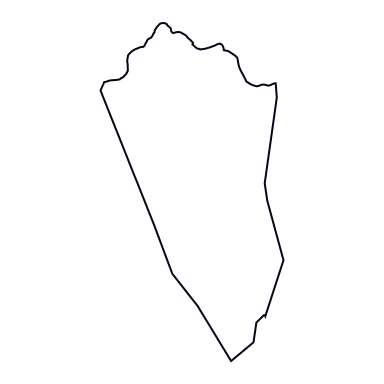 Santa Ana Cuauhtémoc, Oaxaca, Mexico
{"feature_id": "50627088B15114769088919", "entity_name": "Santa Ana Cuauhtémoc", "entity_type": "district", "adm_level": 2, "iso_a3": "MEX", "parent_name": "Mexico", "parent_adm1": "Oaxaca", "projection": "natural_earth1", "projection_center": [-96.808, 17.985], "detail": "fine", "context": "isolated", "style": "outline", "palette": "ink", "viewbox_px": 384, "rotation_deg": 0, "n_neighbors": 0, "source": "geoboundaries", "source_scale": "gbopen_adm2", "svg_char_len": 2066}
<svg xmlns="http://www.w3.org/2000/svg" viewBox="0 0 384 384"><path d="M170.8,28.3L167.3,25.3L166.9,24.3L165.4,23.4L163.5,23.0L161.3,23.2L160.6,23.6L159.7,24.0L156.9,27.0L155.7,28.9L154.7,30.5L154.6,32.2L153.5,33.4L152.7,35.4L151.2,37.5L149.8,38.3L148.2,39.1L147.1,40.4L146.5,42.0L145.7,43.3L145.0,44.6L144.4,46.0L143.4,46.8L141.6,46.9L140.2,47.3L139.5,47.5L137.2,48.5L134.2,49.7L130.9,52.1L130.1,53.0L129.8,53.3L128.7,54.3L128.0,55.7L127.5,58.7L127.2,61.2L127.7,64.4L127.7,67.1L127.9,70.3L127.0,72.5L126.7,72.6L126.3,74.0L125.1,75.0L123.8,76.5L123.2,77.2L121.9,77.8L121.0,78.2L119.7,79.4L116.7,79.9L112.7,80.2L109.7,80.5L107.5,81.3L105.8,81.8L104.1,82.2L103.4,84.1L102.3,86.4L100.5,90.5L103.8,98.7L110.8,116.4L114.1,124.6L114.5,125.7L117.1,132.1L118.5,135.6L125.1,152.2L125.4,153.0L128.2,160.0L129.8,164.1L134.8,176.6L137.3,182.7L139.9,189.3L140.2,190.1L141.9,194.3L143.2,197.6L144.1,199.8L146.5,205.9L154.3,225.5L168.3,263.0L172.4,273.9L197.8,306.2L200.4,310.6L205.7,319.3L208.9,324.5L209.8,326.0L217.3,338.3L222.3,346.6L231.1,361.0L253.5,342.3L256.4,322.5L263.9,315.2L264.8,315.1L265.3,316.2L283.5,260.2L267.3,200.8L264.7,183.4L276.8,97.6L275.7,83.3L273.8,83.5L272.3,84.2L270.3,85.1L269.0,85.6L268.0,85.5L266.5,85.2L264.2,84.6L262.8,84.6L261.4,84.8L259.8,85.5L258.3,86.0L256.7,86.3L253.1,85.3L250.0,83.9L248.1,82.6L246.3,81.5L246.2,81.0L245.0,78.6L243.4,75.4L241.6,72.2L240.4,69.8L239.3,67.3L238.5,64.5L237.7,59.7L237.3,58.0L236.7,57.1L235.4,55.8L235.0,55.5L233.4,54.5L231.2,53.0L228.9,51.5L227.8,51.0L223.9,50.2L223.7,49.0L223.1,46.7L222.1,44.8L221.0,44.2L219.9,43.6L217.1,44.3L216.6,44.6L214.7,45.6L212.9,46.2L210.5,47.2L209.9,47.4L209.0,47.6L207.7,48.0L205.4,48.7L204.3,48.8L202.8,49.1L200.1,49.4L199.2,48.8L198.5,48.8L197.8,48.8L196.3,47.9L194.4,46.2L192.4,44.4L193.1,43.0L192.1,41.7L191.3,41.2L190.9,40.5L189.7,39.4L187.9,37.9L186.0,35.5L183.2,33.8L182.0,33.2L181.1,32.6L179.9,32.2L178.7,32.0L177.8,32.0L176.9,32.1L175.6,32.4L173.3,33.0L172.6,32.8L172.1,32.4L171.6,31.8L171.2,31.0L170.8,29.0L170.8,28.3Z" fill="none" stroke="#020617" stroke-width="2"/></svg>